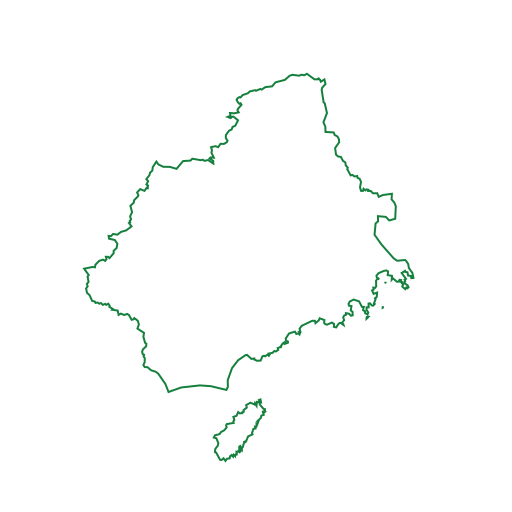 Jember, Jawa Timur, Indonesia, rotated 310°
{"feature_id": "22746128B56085237319005", "entity_name": "Jember", "entity_type": "district", "adm_level": 2, "iso_a3": "IDN", "parent_name": "Indonesia", "parent_adm1": "Jawa Timur", "projection": "orthographic", "projection_center": [113.624, -8.266], "detail": "fine", "context": "isolated", "style": "outline", "palette": "green", "viewbox_px": 512, "rotation_deg": 310, "n_neighbors": 0, "source": "geoboundaries", "source_scale": "gbopen_adm2", "svg_char_len": 6133}
<svg xmlns="http://www.w3.org/2000/svg" viewBox="0 0 512 512"><g transform="rotate(310 256 256)"><path d="M432.4,198.7L435.2,194.9L431.2,193.6L432.2,191.7L431.7,190.3L433.0,189.7L430.9,189.6L428.9,187.2L428.3,177.9L425.5,176.8L424.1,174.3L421.8,173.1L418.2,167.4L415.7,165.9L409.4,164.9L401.6,159.3L396.3,159.3L391.4,154.6L387.1,153.4L386.7,151.9L382.6,149.8L382.5,148.8L378.0,145.4L375.5,145.2L370.7,142.3L367.5,142.2L367.1,141.2L364.9,140.5L363.2,140.7L362.2,143.0L361.9,145.5L363.1,146.0L362.5,147.7L356.8,147.6L355.6,148.3L354.9,150.4L351.3,147.6L348.8,144.1L347.0,146.3L344.3,144.9L345.3,147.9L347.6,148.3L348.3,149.3L348.4,155.0L342.5,156.4L339.8,155.1L337.2,156.0L334.6,154.8L329.3,155.2L326.9,157.1L326.1,160.0L324.5,160.5L321.4,159.5L319.1,156.7L315.1,157.1L314.1,154.4L310.5,151.6L308.7,154.3L306.5,155.5L304.2,160.5L302.3,157.8L300.9,157.7L301.4,162.0L299.4,163.9L298.7,157.6L295.8,155.4L295.5,153.3L293.9,152.1L289.6,144.7L287.0,144.5L281.8,139.1L271.7,139.1L268.9,132.7L264.7,127.6L263.4,122.3L264.3,119.0L257.7,119.8L254.8,121.7L251.7,121.3L249.4,122.4L244.4,122.6L244.0,125.3L240.3,126.1L240.6,128.0L238.6,129.1L238.4,130.4L238.0,128.4L234.2,128.7L232.8,124.3L228.2,124.1L227.0,126.8L225.8,127.2L220.4,126.8L218.1,128.1L213.7,127.5L209.9,132.9L205.4,134.1L203.8,136.7L201.5,136.8L200.9,138.0L199.6,137.5L198.7,141.6L192.2,140.1L187.7,137.1L183.2,136.1L181.1,132.4L177.9,132.1L176.7,130.2L174.8,132.3L177.5,137.6L176.3,141.9L172.5,144.1L168.5,143.6L166.6,145.2L160.2,145.1L160.3,143.2L158.9,141.5L157.5,143.5L155.3,143.6L154.9,141.2L151.5,139.0L146.1,138.6L143.8,139.9L142.5,137.8L135.8,132.5L133.9,140.1L132.0,140.2L128.5,144.4L125.9,144.4L124.5,146.6L121.9,146.7L119.2,150.2L119.0,153.8L116.3,159.2L117.5,161.9L116.9,163.2L118.6,164.7L118.7,166.6L120.3,167.5L120.1,170.1L122.4,171.2L122.3,172.7L124.5,173.5L123.9,175.8L122.8,176.3L123.4,180.5L122.4,180.4L125.3,185.1L122.6,188.6L125.0,189.5L126.1,193.0L128.8,194.5L129.1,196.7L127.2,201.7L128.8,202.9L130.2,202.7L130.4,207.0L128.3,210.3L124.2,211.8L125.1,219.7L121.8,221.6L118.2,226.8L118.4,228.3L116.3,229.9L111.7,229.4L109.3,230.4L108.0,232.4L108.4,233.7L106.7,234.6L106.3,236.4L103.2,238.9L100.0,239.9L99.4,242.2L101.1,244.3L101.0,249.0L102.9,253.6L103.0,256.9L99.7,268.9L95.6,276.4L107.2,283.2L120.8,296.2L127.2,305.0L134.4,319.4L137.6,318.6L142.8,314.1L154.7,309.7L164.7,309.3L173.3,311.7L174.5,312.7L174.2,318.6L176.4,320.6L175.6,321.2L176.4,324.1L178.9,326.8L183.1,325.4L184.8,326.3L185.0,327.5L188.0,328.3L187.8,330.0L189.3,329.8L189.6,328.6L192.4,330.9L195.0,331.1L195.7,332.6L198.3,333.4L199.4,331.8L201.8,333.1L206.4,332.7L208.3,333.3L208.4,334.4L207.5,334.7L210.0,336.2L211.0,335.5L210.4,333.3L212.0,331.8L217.9,331.1L223.1,334.4L222.2,337.0L224.0,338.2L223.8,339.8L225.7,339.1L225.8,337.9L226.6,338.6L228.3,336.1L231.9,335.9L242.5,340.7L244.2,342.8L242.8,344.7L247.0,345.5L249.2,344.8L250.9,349.5L248.5,351.3L248.3,352.8L249.0,354.5L253.8,356.9L254.1,359.4L251.8,361.2L252.8,363.3L257.4,362.8L259.0,363.5L259.3,364.8L263.4,364.8L265.1,362.2L267.2,361.8L268.8,362.7L270.0,361.6L271.6,364.4L271.3,367.2L272.7,368.2L275.3,365.8L275.2,363.6L279.0,361.3L277.7,359.2L278.9,357.6L281.4,357.1L285.4,358.8L287.5,364.1L285.1,370.0L286.3,371.3L283.3,372.8L283.7,375.0L282.3,376.4L283.1,378.9L284.9,378.3L285.8,375.3L287.8,373.7L289.1,375.3L291.9,372.8L293.0,373.7L292.6,376.7L293.3,377.7L295.5,377.8L295.4,376.9L299.9,375.3L300.1,374.3L302.2,374.8L305.8,372.3L302.6,370.4L304.3,367.0L306.0,367.7L307.2,366.2L308.3,367.8L310.1,367.5L314.3,363.8L316.5,363.7L317.6,365.2L317.2,362.3L318.4,360.9L321.6,360.9L326.9,363.6L328.7,365.1L329.1,367.1L326.0,369.2L328.2,372.9L325.1,375.2L326.9,375.2L326.9,380.6L327.9,381.6L330.1,381.3L330.8,382.6L329.1,383.4L330.1,385.0L328.9,385.4L328.9,386.9L326.6,387.7L326.5,391.6L328.5,391.4L328.4,392.6L330.0,393.0L331.0,391.0L330.5,387.2L332.7,386.5L333.3,385.1L334.9,385.6L336.6,378.5L340.4,379.7L339.8,380.6L340.9,382.5L338.8,385.0L340.3,387.6L338.9,389.2L340.4,390.7L343.5,386.8L345.1,380.8L347.7,377.7L348.6,374.7L348.8,372.8L343.1,367.2L342.7,363.0L345.5,344.5L348.5,333.1L357.8,326.7L361.0,327.2L364.9,323.8L369.4,330.3L368.9,335.2L374.0,338.7L384.0,331.1L385.9,327.5L386.5,323.5L391.0,320.1L384.4,314.1L380.2,312.0L382.0,308.5L379.2,305.3L379.6,302.3L377.9,300.0L379.0,299.5L378.0,297.8L376.6,297.6L376.6,295.2L374.6,296.1L373.4,294.6L375.5,291.5L380.3,288.8L381.8,285.7L381.1,283.7L382.3,282.1L380.2,280.3L380.1,277.8L378.6,276.7L381.2,270.1L382.7,269.5L383.1,266.5L385.1,264.3L384.8,261.4L386.5,257.3L385.0,255.0L385.1,252.1L389.6,247.2L396.6,246.6L398.8,244.4L399.9,241.5L399.3,238.4L400.6,236.1L395.7,229.5L399.6,226.0L401.8,221.7L411.1,218.5L417.1,210.6L417.2,209.0L425.6,199.4L427.5,198.5L432.4,198.7ZM96.2,342.6L92.2,339.8L89.8,340.4L90.9,342.8L88.4,347.5L86.0,348.7L82.1,348.8L79.4,350.6L79.8,351.9L76.8,359.5L77.7,360.8L80.2,361.2L79.4,364.3L82.1,364.1L84.0,365.9L85.9,364.8L87.5,365.2L87.5,366.8L88.1,366.1L88.3,367.2L89.4,366.7L89.3,368.4L90.1,367.6L91.4,368.2L91.1,369.5L93.5,366.8L94.3,368.0L95.6,367.7L95.2,369.6L97.2,369.7L98.1,366.5L99.5,365.7L100.3,366.1L99.2,366.9L98.5,369.7L100.4,368.2L101.2,368.7L104.9,367.0L106.3,367.4L106.3,366.6L108.0,367.4L112.7,365.9L117.1,368.0L117.6,366.9L121.9,365.1L123.5,366.5L124.7,364.9L125.4,366.0L127.7,365.2L127.0,364.9L128.2,363.9L128.7,364.9L131.0,364.1L130.6,363.3L135.1,363.8L137.1,362.7L139.3,364.0L140.3,362.5L141.9,362.9L140.5,360.8L143.0,362.4L144.4,361.4L143.7,360.0L144.7,354.4L145.8,352.9L147.0,354.1L149.0,351.6L147.6,350.8L147.0,352.0L145.7,352.0L144.8,350.4L141.6,352.7L142.6,349.8L141.3,350.4L140.1,346.1L135.5,344.3L133.9,346.4L129.9,345.5L128.9,346.7L127.4,345.9L126.8,346.5L125.0,344.7L125.0,342.7L121.1,343.8L118.2,342.1L116.5,344.8L114.8,344.9L113.8,346.2L108.5,341.7L107.0,342.0L105.8,343.7L102.1,343.7L98.5,342.3L96.2,342.6ZM280.2,380.1L279.0,381.0L281.9,381.3L281.6,380.4L280.2,380.1ZM259.4,367.4L260.0,366.5L259.7,365.7L259.3,366.0L259.4,367.4ZM298.1,386.4L299.0,385.4L297.8,386.3L298.1,386.4ZM318.1,372.5L318.9,372.4L319.3,371.8L318.1,372.5ZM202.2,334.6L202.4,333.5L202.2,333.6L202.2,334.6Z" fill="none" stroke="#15803d" stroke-width="2"/></g></svg>